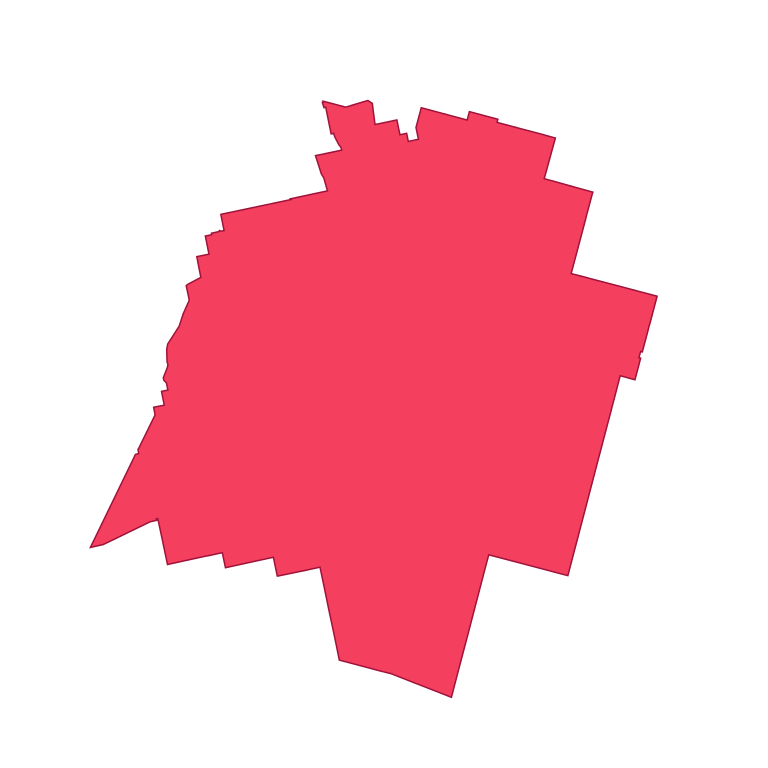 the district of Toodyay, Western Australia, Australia, rotated 195°
{"feature_id": "25037944B97460463632510", "entity_name": "Toodyay", "entity_type": "district", "adm_level": 2, "iso_a3": "AUS", "parent_name": "Australia", "parent_adm1": "Western Australia", "projection": "albers", "projection_center": [116.439, -31.47], "detail": "fine", "context": "isolated", "style": "filled", "palette": "rose", "viewbox_px": 768, "rotation_deg": 195, "n_neighbors": 0, "source": "geoboundaries", "source_scale": "gbopen_adm2", "svg_char_len": 2990}
<svg xmlns="http://www.w3.org/2000/svg" viewBox="0 0 768 768"><g transform="rotate(195 384 384)"><path d="M142.9,539.5L163.0,539.4L178.0,539.4L197.7,539.3L212.4,539.2L214.2,539.2L214.9,539.3L231.8,539.1L231.8,552.4L231.9,596.4L232.0,597.7L232.0,600.7L232.0,621.5L231.9,623.4L236.2,623.4L249.0,623.5L266.9,623.7L282.4,623.8L282.3,632.4L282.2,651.4L282.1,665.9L287.9,666.0L292.6,666.0L293.1,666.0L294.4,666.1L315.8,666.0L331.8,666.0L342.5,666.0L342.5,669.2L343.2,669.2L357.0,669.2L372.0,669.2L372.0,660.5L391.3,660.5L419.5,660.5L419.5,640.1L414.1,629.3L423.3,624.6L427.0,632.0L433.1,628.9L439.9,642.4L459.8,632.3L466.1,647.5L467.9,652.0L472.9,653.7L473.1,653.6L483.2,647.4L492.7,641.5L505.4,641.5L514.8,641.4L516.1,641.4L515.6,640.4L516.4,640.0L513.5,635.4L511.9,636.2L501.8,615.9L499.8,611.9L497.7,612.8L497.5,613.1L495.7,610.2L495.1,609.5L494.8,609.2L493.9,608.2L493.6,607.8L489.2,603.1L488.8,602.8L488.4,602.6L488.1,602.4L487.8,602.2L487.5,601.9L487.0,601.5L486.7,601.1L486.5,600.8L486.2,600.4L485.7,599.4L485.5,598.8L485.9,598.7L491.8,595.7L505.8,588.6L509.3,586.9L498.9,570.7L495.5,567.5L488.6,555.9L499.6,550.3L509.7,545.1L522.3,538.7L521.9,538.5L521.4,538.2L522.2,537.8L532.6,532.5L544.4,526.5L560.2,518.5L579.7,508.6L585.5,505.6L578.2,490.8L581.0,489.4L582.5,489.8L582.7,489.7L582.9,488.5L589.7,485.0L589.1,483.6L594.7,480.8L594.9,480.7L592.2,475.3L592.1,475.1L586.7,464.1L596.5,459.2L597.8,458.6L593.3,449.3L588.5,439.6L594.9,433.6L599.3,429.5L599.7,429.1L599.7,428.9L600.5,427.8L600.4,427.5L599.2,425.2L595.7,418.4L593.8,414.5L596.1,400.0L596.2,399.8L596.2,398.9L596.2,398.3L596.8,387.4L597.0,386.0L597.7,384.3L598.7,380.9L603.3,366.6L602.8,361.1L601.8,357.8L601.8,357.7L599.3,349.2L597.9,347.2L597.5,344.1L598.8,332.9L598.7,332.7L597.9,331.0L597.0,330.2L594.8,329.0L594.0,327.9L591.3,322.3L591.2,322.2L597.0,319.3L590.8,306.7L600.5,301.9L597.1,294.9L600.8,276.1L604.5,257.3L604.7,257.2L603.0,253.3L605.9,251.6L606.3,249.3L611.3,223.2L625.3,150.1L614.5,155.8L613.7,156.2L574.2,190.4L573.9,190.5L571.2,192.0L568.4,193.4L569.1,194.7L567.8,195.4L567.7,195.5L558.7,177.9L553.4,167.4L553.3,167.2L546.4,153.6L535.4,159.3L524.0,165.2L523.8,165.3L509.8,172.5L509.8,172.4L509.5,172.5L506.3,174.1L505.8,174.4L502.6,176.1L496.5,179.2L489.6,165.5L458.5,181.6L446.0,188.0L437.4,170.9L437.0,170.9L436.8,171.0L422.5,178.2L409.6,184.7L406.6,186.3L405.9,186.6L398.4,190.5L387.8,169.5L378.1,150.1L372.0,138.2L362.6,119.6L355.7,105.7L340.6,105.8L331.3,105.8L316.4,105.8L314.1,105.8L302.2,106.0L286.9,104.3L276.6,103.1L256.2,100.9L237.8,98.8L238.0,129.0L238.1,156.8L238.6,233.6L238.6,246.1L221.3,246.2L202.6,246.3L181.2,246.4L166.6,246.4L156.8,246.5L156.9,261.0L157.0,281.1L157.2,316.8L157.5,363.8L157.7,411.5L157.7,418.6L157.8,419.0L157.8,424.9L157.8,431.8L158.0,453.1L152.4,453.1L142.7,453.0L142.7,466.8L142.8,475.4L144.6,475.4L144.5,481.9L142.8,481.8L142.8,489.5L142.8,493.0L142.8,500.4L142.8,501.5L142.9,508.6L142.8,510.7L142.9,539.5Z" fill="#f43f5e" stroke="#9f1239" stroke-width="1.5"/></g></svg>